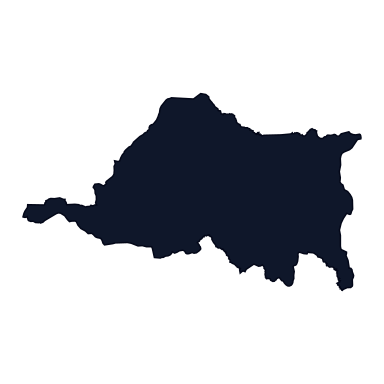 Sucua, Morona Santiago, Ecuador (Mercator projection)
{"feature_id": "8360857B23495862214977", "entity_name": "Sucua", "entity_type": "district", "adm_level": 2, "iso_a3": "ECU", "parent_name": "Ecuador", "parent_adm1": "Morona Santiago", "projection": "mercator", "projection_center": [-78.202, -2.485], "detail": "fine", "context": "isolated", "style": "filled", "palette": "ink", "viewbox_px": 384, "rotation_deg": 0, "n_neighbors": 0, "source": "geoboundaries", "source_scale": "gbopen_adm2", "svg_char_len": 6051}
<svg xmlns="http://www.w3.org/2000/svg" viewBox="0 0 384 384"><path d="M23.0,216.9L24.2,217.3L25.9,217.3L27.1,216.5L28.2,220.1L28.6,220.6L30.7,221.4L33.2,221.2L35.5,222.5L39.1,222.7L40.2,222.3L40.6,223.0L42.9,222.2L44.7,220.5L56.1,213.7L58.1,212.9L60.5,213.1L64.7,215.7L67.6,219.7L69.5,221.6L71.5,221.1L75.1,221.0L76.3,221.6L78.0,225.2L80.9,228.5L85.5,231.0L88.2,233.6L91.7,233.3L93.3,234.5L95.4,236.8L97.2,237.6L100.7,238.3L102.1,240.4L103.0,243.2L104.5,244.9L112.9,243.6L115.3,242.9L127.5,242.5L131.2,243.2L138.0,245.9L142.3,245.6L146.4,246.7L151.6,246.7L152.4,248.4L154.4,257.5L160.4,258.0L161.6,257.4L163.4,257.3L165.4,256.1L168.1,255.8L170.1,254.9L171.5,253.5L172.3,251.8L174.6,253.1L177.0,252.2L179.3,250.8L182.8,250.2L184.6,251.0L185.8,253.2L187.0,253.8L188.8,253.7L192.2,252.5L194.0,253.2L196.4,252.8L199.4,250.6L200.6,249.2L200.7,248.5L200.3,246.9L199.4,245.8L199.2,245.0L197.3,242.6L197.4,242.4L199.3,241.2L200.1,239.5L201.5,238.9L203.4,236.5L204.1,236.7L204.2,235.9L204.8,235.4L206.4,235.9L208.3,234.8L209.2,234.8L209.0,235.5L209.5,235.5L210.0,236.4L211.0,236.6L211.9,237.6L211.9,239.4L213.8,242.9L214.3,243.2L215.9,245.6L215.9,246.6L216.7,246.8L218.2,248.0L219.8,247.8L222.2,249.5L222.8,249.0L223.6,249.7L223.6,250.2L224.4,251.3L226.0,251.8L226.1,252.0L225.4,252.2L225.4,252.5L226.4,253.8L226.6,255.2L228.7,256.4L228.6,257.1L229.2,257.8L228.7,258.8L230.1,259.8L230.0,262.2L231.3,262.4L232.1,263.2L234.7,264.3L236.0,265.8L236.8,266.2L237.1,267.0L238.3,267.6L239.1,267.3L239.5,268.4L240.4,268.5L239.6,269.8L240.2,273.1L242.3,271.2L244.0,271.1L245.0,271.7L246.2,269.3L253.7,264.2L254.4,264.3L258.6,266.2L260.7,265.9L262.3,264.9L263.7,266.3L264.1,267.1L264.0,268.2L265.5,269.9L265.1,271.7L265.5,272.8L265.1,273.7L265.1,274.9L265.6,276.1L265.4,277.0L265.9,277.3L266.1,278.4L266.8,278.8L267.5,278.4L269.9,278.7L270.2,279.0L270.6,280.2L272.8,281.4L274.4,281.2L275.5,280.0L276.1,279.8L276.2,279.2L277.3,278.2L279.3,277.5L281.7,280.6L283.0,281.0L283.5,281.4L284.3,282.9L285.8,284.6L287.5,285.8L288.5,286.0L289.4,286.0L291.2,285.2L292.3,283.8L292.8,282.4L293.0,280.6L293.8,278.6L293.7,275.2L294.2,271.5L293.1,266.6L293.6,265.8L295.8,265.0L296.7,263.8L297.6,261.2L298.1,256.8L297.9,253.9L298.4,252.7L298.7,252.4L300.2,252.4L303.8,253.6L307.0,253.9L308.1,251.9L309.2,252.5L313.0,252.8L314.1,253.2L317.5,255.6L317.6,256.5L318.0,257.0L319.5,257.2L322.5,258.5L323.3,261.6L323.9,262.0L325.2,261.9L326.0,262.5L326.0,263.3L327.1,263.8L326.4,264.7L326.6,265.7L327.8,265.6L329.4,267.1L332.3,266.8L334.1,267.8L334.0,269.0L334.4,269.6L335.1,269.7L335.8,269.1L336.6,269.2L336.0,270.5L336.8,271.1L337.6,271.0L336.8,272.9L337.3,273.0L337.4,273.5L337.1,274.4L337.2,276.3L337.9,277.3L339.3,278.3L338.2,278.6L338.4,279.9L340.0,280.7L339.3,281.1L339.8,281.4L339.7,281.9L337.0,283.3L337.6,283.8L337.7,285.0L339.2,285.4L339.4,286.9L339.9,286.8L339.9,287.5L340.4,287.8L340.2,288.8L341.6,289.1L341.8,290.2L342.3,290.4L343.2,289.4L347.2,287.6L350.7,287.5L352.3,286.1L352.5,285.0L352.3,279.5L353.4,277.0L353.6,275.4L352.3,271.9L351.9,269.6L350.8,268.3L349.2,268.2L348.0,260.4L346.0,255.6L346.5,253.3L346.5,252.1L341.7,249.8L340.8,248.8L340.4,246.2L340.4,235.4L339.4,230.1L341.1,223.1L343.4,218.3L346.7,213.3L349.3,214.3L350.2,214.3L350.8,213.9L351.5,211.4L352.6,209.2L352.6,208.2L352.4,200.1L351.7,197.4L350.1,194.6L347.6,191.5L344.6,189.9L344.0,188.8L342.9,185.0L341.1,183.8L339.9,182.0L340.3,177.7L339.3,171.6L340.6,165.0L340.3,158.6L340.9,155.6L342.0,153.3L344.2,151.9L349.5,149.7L351.9,147.8L357.2,139.9L358.3,139.3L360.8,138.9L361.0,137.9L360.7,135.7L360.2,134.6L359.5,134.2L355.6,134.9L352.6,134.5L351.8,134.0L350.6,133.8L348.9,131.8L341.2,133.8L339.3,135.9L338.4,136.2L337.0,136.0L336.0,135.4L335.7,134.8L334.1,134.4L333.4,134.8L330.8,135.4L327.8,135.1L326.9,135.5L326.1,136.7L324.4,136.9L322.9,138.4L320.8,138.5L319.5,138.0L317.4,136.2L316.4,132.7L316.6,130.9L315.4,130.8L315.3,130.0L312.7,129.3L312.1,128.7L310.1,129.6L309.7,130.6L308.5,131.4L308.1,132.3L307.2,132.6L307.3,133.3L305.6,135.5L304.0,136.3L303.5,135.9L302.8,135.9L302.2,134.8L301.6,135.2L300.0,134.9L299.6,133.6L298.7,133.8L298.7,133.5L298.0,132.9L296.6,132.7L295.8,133.4L295.2,132.9L294.7,132.9L294.3,133.6L293.6,133.9L292.9,133.8L292.3,132.8L291.3,133.8L289.5,134.1L280.9,134.9L263.9,135.3L261.8,135.9L261.2,135.0L260.8,135.3L260.4,135.2L260.0,134.1L259.1,134.7L258.5,134.0L258.9,132.5L257.9,132.6L258.2,133.2L258.0,133.4L256.6,133.6L257.0,134.3L256.5,134.5L255.1,133.6L254.4,132.7L253.1,132.3L253.0,130.7L251.8,130.6L251.1,130.0L250.1,130.2L250.0,129.2L249.6,128.7L248.9,128.7L247.3,127.7L244.9,127.8L244.4,127.3L241.2,127.0L240.4,125.9L239.9,124.5L238.6,124.1L236.4,122.3L236.5,121.3L235.6,118.7L235.0,118.2L234.5,116.9L234.5,115.6L233.4,115.1L232.8,114.3L231.2,113.9L230.2,114.4L229.7,113.8L229.0,114.2L225.8,114.2L225.3,113.8L223.9,113.6L223.1,114.7L222.5,114.0L221.2,114.1L220.4,110.9L218.3,110.6L217.8,108.8L215.0,106.8L213.7,104.5L212.5,103.5L212.0,102.5L210.6,101.0L208.9,98.7L208.7,96.8L205.8,94.5L200.7,93.6L193.5,99.0L171.2,97.8L170.4,98.4L167.6,99.0L166.1,100.1L161.3,106.1L160.1,108.7L159.4,113.3L158.9,114.0L158.2,116.4L156.6,120.0L153.5,123.9L152.3,124.7L151.4,124.7L149.7,126.0L149.1,127.9L149.4,128.5L148.9,129.8L147.6,130.6L147.3,131.8L144.5,133.1L143.2,134.6L139.9,136.5L133.4,142.3L133.1,143.2L131.0,146.2L129.0,147.0L125.6,150.1L124.3,151.7L124.2,152.7L122.3,154.9L120.8,157.8L119.6,161.1L117.9,161.5L114.6,160.8L115.3,164.0L114.1,166.3L114.3,170.2L114.0,174.2L112.6,176.5L106.4,181.4L105.8,182.4L106.5,183.7L105.6,184.2L104.1,185.8L102.4,185.5L100.6,184.4L98.9,183.8L94.9,184.2L93.5,186.4L93.3,187.6L94.0,188.1L95.0,190.0L95.2,193.3L96.3,195.8L96.4,199.7L95.6,202.8L96.6,204.9L94.7,205.0L93.0,205.9L90.9,205.3L90.6,205.9L89.7,206.4L86.7,206.6L85.8,207.1L81.8,205.4L79.7,205.4L78.9,204.7L74.9,204.3L66.6,204.7L66.1,202.5L64.7,200.2L65.0,199.4L63.2,199.3L59.8,197.9L54.5,198.7L50.8,198.5L48.8,199.1L47.5,200.2L45.9,200.7L45.8,202.3L45.0,202.8L44.7,204.5L43.8,205.0L27.7,204.7L27.5,207.4L25.0,211.1L24.0,213.3L23.0,216.9Z" fill="#0f172a" stroke="#020617" stroke-width="1.5"/></svg>